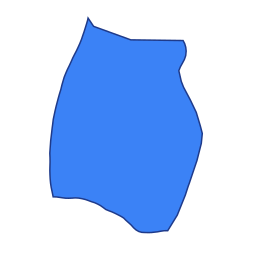 Ataq, Shabwah, Yemen (Equal Earth projection), rotated 12°
{"feature_id": "15242507B5283160302008", "entity_name": "Ataq", "entity_type": "district", "adm_level": 2, "iso_a3": "YEM", "parent_name": "Yemen", "parent_adm1": "Shabwah", "projection": "equal_earth", "projection_center": [46.809, 14.569], "detail": "fine", "context": "isolated", "style": "filled", "palette": "blue", "viewbox_px": 256, "rotation_deg": 12, "n_neighbors": 0, "source": "geoboundaries", "source_scale": "gbopen_adm2", "svg_char_len": 1433}
<svg xmlns="http://www.w3.org/2000/svg" viewBox="0 0 256 256"><g transform="rotate(12 128 128)"><path d="M188.2,220.2L194.3,203.0L198.0,181.8L199.0,172.2L199.4,169.6L202.0,147.2L202.2,145.6L202.9,127.8L201.8,117.9L198.4,111.1L191.5,98.5L183.2,87.7L173.9,76.6L170.4,71.3L165.8,61.4L166.5,57.3L167.7,53.4L168.9,49.3L169.4,45.2L168.9,40.7L167.7,37.0L165.9,33.7L163.7,31.0L112.4,41.2L75.8,36.1L73.2,35.7L66.1,28.8L66.1,30.8L65.8,34.8L65.4,39.2L65.0,43.3L64.5,47.2L64.1,50.8L64.0,51.4L63.3,55.4L62.4,59.5L61.5,63.3L60.4,67.2L59.4,71.0L58.6,74.9L57.6,79.3L56.6,83.2L55.8,87.1L55.0,91.7L54.7,95.7L54.4,100.0L54.3,104.3L53.9,108.7L53.6,113.2L53.4,117.4L53.2,121.6L53.1,126.2L53.1,130.6L53.1,135.1L53.5,139.5L53.8,143.5L54.2,147.6L54.6,151.9L55.0,156.3L55.6,160.6L56.2,165.0L56.8,169.0L57.9,173.3L58.8,177.3L59.6,181.6L60.4,185.8L61.4,190.0L62.5,194.1L63.7,198.0L65.2,202.0L66.8,205.6L68.5,209.5L69.1,210.9L72.3,210.3L75.3,210.1L78.4,209.9L81.7,209.6L84.7,209.0L87.9,208.2L91.0,207.3L94.4,206.8L97.9,206.7L101.3,206.8L104.5,207.2L107.7,207.7L110.9,208.0L114.1,208.7L117.2,209.6L120.2,210.9L123.2,212.3L126.4,212.9L129.7,213.4L132.9,214.1L136.0,214.9L139.3,215.8L142.4,216.9L145.3,218.8L148.3,220.5L151.2,222.2L154.2,224.4L157.0,226.0L160.1,227.0L163.2,227.2L166.3,226.7L169.5,226.1L172.5,225.4L175.5,224.4L178.5,223.4L181.6,222.1L184.6,221.0L187.6,220.3L188.2,220.2L188.2,220.2Z" fill="#3b82f6" stroke="#1e3a8a" stroke-width="1.5"/></g></svg>